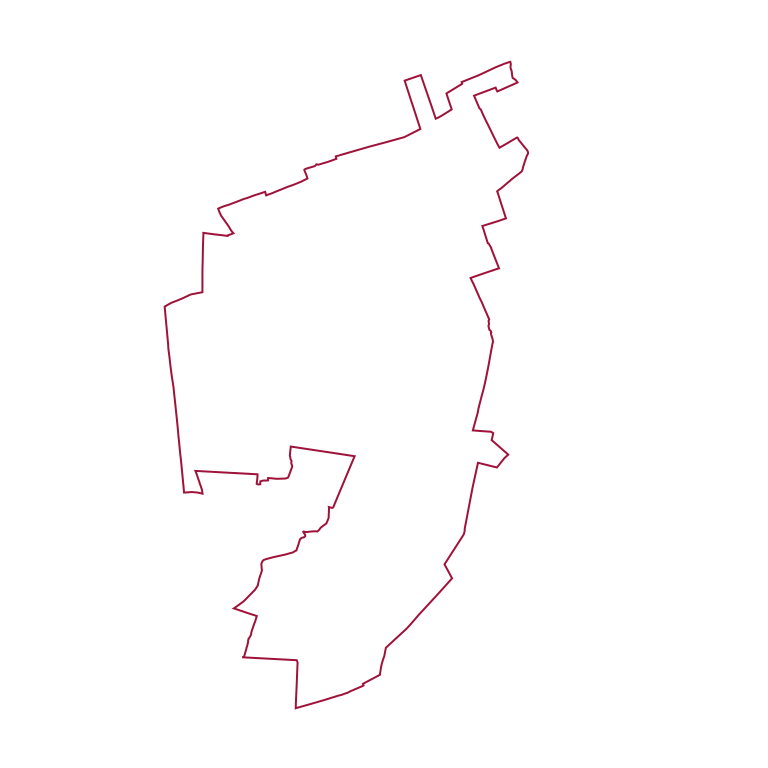 outline of Sihlea, Vrancea, Romania, rotated 341°
{"feature_id": "2599482B87031961829785", "entity_name": "Sihlea", "entity_type": "district", "adm_level": 2, "iso_a3": "ROU", "parent_name": "Romania", "parent_adm1": "Vrancea", "projection": "robinson", "projection_center": [27.167, 45.48], "detail": "fine", "context": "isolated", "style": "outline", "palette": "rose", "viewbox_px": 768, "rotation_deg": 341, "n_neighbors": 0, "source": "geoboundaries", "source_scale": "gbopen_adm2", "svg_char_len": 6154}
<svg xmlns="http://www.w3.org/2000/svg" viewBox="0 0 768 768"><g transform="rotate(341 384 384)"><path d="M359.3,604.1L363.8,601.7L375.8,595.1L385.1,589.9L382.5,574.2L410.3,552.3L410.6,551.9L411.3,551.0L412.3,549.4L412.6,548.8L413.1,547.3L434.0,510.8L447.2,489.1L463.6,499.7L473.7,493.3L478.5,491.2L474.3,483.9L468.7,474.1L467.5,472.1L469.3,469.3L471.3,466.0L469.5,463.9L466.1,462.5L461.4,460.5L452.9,456.8L463.5,441.3L465.3,438.0L471.8,428.1L476.5,421.2L480.3,415.1L484.0,408.9L489.1,400.1L496.4,387.0L500.0,380.7L500.9,379.5L501.3,376.7L501.4,372.4L501.7,370.4L502.3,370.0L502.1,368.3L501.3,367.1L501.6,363.4L501.9,362.8L502.5,362.0L503.1,360.4L503.4,358.4L504.5,357.2L503.9,349.7L503.4,343.3L503.1,338.8L502.7,335.7L502.4,333.3L502.3,331.8L501.2,318.5L500.7,315.2L500.4,311.9L514.5,311.9L527.4,312.0L530.4,312.1L529.5,290.6L529.7,290.4L528.7,285.3L528.0,284.7L528.5,266.6L544.2,267.1L553.2,267.1L553.3,262.2L553.4,258.6L553.5,252.2L553.6,248.0L553.7,243.9L553.8,240.5L553.7,238.7L555.7,237.9L558.7,237.0L560.3,236.4L567.3,233.6L569.0,233.0L571.3,232.0L572.8,231.5L573.9,231.1L574.8,230.8L576.9,230.1L580.6,228.9L582.0,228.3L583.1,228.0L583.6,227.7L584.4,226.8L585.5,225.3L585.9,224.4L586.9,223.1L587.7,222.2L589.4,219.7L590.2,218.8L590.9,217.8L592.2,216.2L592.7,215.4L595.2,213.0L595.5,212.4L595.6,211.6L595.6,211.1L595.6,210.5L595.5,209.9L595.3,209.2L595.1,208.5L594.8,207.8L594.4,206.8L593.9,205.5L593.6,204.6L593.1,203.4L592.9,202.8L592.0,200.2L591.3,198.5L590.8,197.1L590.8,196.4L590.7,195.8L590.5,194.6L590.1,194.3L589.7,194.3L585.6,195.1L579.5,196.4L570.1,198.2L569.4,194.1L568.5,187.4L566.7,172.6L566.0,167.7L565.3,161.2L564.9,155.8L564.0,154.6L563.0,140.7L586.0,140.1L586.2,143.3L586.4,144.3L608.4,142.4L608.2,141.6L607.9,140.5L607.5,139.5L606.6,138.1L605.7,137.0L605.3,136.5L605.3,136.1L605.4,135.6L605.4,135.1L605.6,134.4L605.7,133.6L605.9,132.8L606.3,130.9L606.5,130.2L606.6,129.3L606.5,127.8L606.6,126.2L606.8,125.4L607.2,124.5L607.6,123.9L608.1,122.7L608.3,120.5L607.2,120.4L601.6,120.4L592.5,120.9L574.1,122.9L555.7,123.8L555.7,125.6L537.6,129.6L537.4,146.4L526.4,149.0L522.4,149.7L519.3,150.0L519.4,137.3L519.4,107.6L519.4,103.9L502.3,103.9L501.9,125.1L501.8,132.9L501.4,154.7L483.6,157.2L465.3,156.1L447.2,154.8L413.0,153.1L412.5,153.1L412.3,155.6L410.1,155.6L407.3,155.7L402.4,155.7L400.8,155.6L398.4,155.5L395.0,155.4L393.3,155.3L392.9,155.1L392.4,154.6L391.8,154.3L391.5,154.3L391.2,154.5L390.2,155.2L389.4,155.4L388.1,155.4L385.4,155.3L383.0,155.1L380.3,155.1L378.7,155.3L378.4,155.5L378.3,155.9L378.4,157.8L378.4,158.5L378.6,159.4L378.6,160.4L378.6,163.2L378.5,164.8L373.7,165.4L372.0,165.7L366.9,166.0L362.2,166.2L360.5,166.2L357.6,166.2L353.4,166.4L348.7,166.7L345.4,166.8L343.1,167.0L339.4,167.2L336.6,167.2L334.0,167.3L334.2,163.6L326.5,163.5L323.2,163.4L318.8,163.5L315.4,163.6L313.2,163.5L311.5,163.4L305.4,163.7L298.2,163.9L296.5,164.0L290.5,163.8L286.4,164.0L284.3,164.2L284.3,165.6L284.3,167.2L284.5,168.8L284.7,170.6L284.7,171.6L285.3,173.6L286.8,178.7L288.3,183.8L288.8,186.0L288.9,186.5L289.0,187.2L289.6,189.7L290.1,191.0L290.7,192.5L286.9,192.6L284.7,192.6L284.4,193.1L277.9,189.9L272.0,187.1L264.6,183.4L262.4,182.3L262.2,183.0L257.6,195.0L252.5,209.0L249.7,216.4L247.7,222.1L242.2,238.1L231.1,236.5L228.6,236.5L228.1,236.7L221.5,237.4L215.2,237.8L212.2,237.9L209.3,238.0L206.6,238.5L201.8,239.4L192.9,275.9L191.5,280.9L190.6,285.4L189.2,291.9L187.9,297.7L186.7,303.5L185.7,308.6L184.7,314.2L184.1,317.7L183.3,321.1L179.2,339.0L176.7,349.8L174.1,360.8L172.7,366.2L171.3,372.4L169.9,378.1L168.5,384.1L167.2,390.1L163.4,405.9L160.9,416.3L159.6,421.6L167.2,423.6L172.5,426.0L176.7,428.6L177.4,425.2L177.5,421.3L177.4,418.3L177.5,416.2L177.5,407.8L177.4,404.8L235.0,428.2L233.9,431.1L233.1,432.9L232.7,433.7L232.0,435.0L231.1,437.0L231.6,437.6L232.9,438.2L234.2,438.5L234.3,438.5L235.4,435.8L237.6,435.9L239.1,436.1L239.9,436.4L240.6,436.8L243.0,437.4L243.8,435.2L246.5,436.3L251.4,438.6L260.0,441.3L262.6,441.3L262.8,441.2L263.7,440.3L270.3,432.3L270.5,431.4L270.5,428.9L270.7,428.2L271.3,427.2L271.5,426.5L271.2,424.7L271.3,423.7L271.6,422.2L271.6,421.2L273.7,416.6L275.5,412.8L332.7,442.7L302.3,476.8L300.8,478.5L299.0,480.5L296.2,483.8L295.7,484.2L295.2,484.3L294.9,484.3L294.2,484.0L291.8,482.4L291.7,483.2L291.3,484.3L290.0,487.6L288.6,491.1L288.1,492.5L287.5,493.3L284.1,497.1L283.3,497.4L282.8,497.5L280.7,498.1L278.3,498.9L277.7,499.1L276.7,499.7L274.7,501.1L273.3,501.6L272.9,501.7L272.1,501.3L270.5,500.7L267.3,499.8L263.5,499.0L262.8,498.9L261.8,498.5L261.0,498.0L260.2,497.4L259.8,497.3L259.5,497.5L259.5,497.9L259.7,498.7L260.1,500.0L260.3,500.6L260.2,501.6L260.0,502.1L259.3,502.5L258.8,502.8L258.0,502.8L257.5,502.8L256.8,502.7L256.1,502.7L255.8,502.7L255.6,502.8L255.4,503.0L254.7,503.2L254.1,503.4L253.0,504.9L251.5,506.8L251.4,507.2L250.2,508.7L247.5,512.1L247.0,512.9L246.1,512.9L245.5,513.0L243.9,513.4L242.7,513.6L241.9,513.5L234.8,513.1L233.9,513.0L228.9,512.4L222.9,511.7L218.8,511.4L215.1,511.2L213.1,511.2L212.7,511.3L212.0,511.7L211.3,512.1L210.6,512.8L210.2,513.2L209.6,514.0L209.4,514.5L209.2,515.1L208.3,518.6L208.1,519.7L207.8,520.6L207.4,521.3L205.3,524.0L202.3,527.9L200.4,531.2L199.1,533.3L198.7,533.7L195.3,536.4L188.0,540.1L181.6,543.3L179.6,544.1L170.1,547.0L169.0,547.3L179.5,555.4L188.2,562.0L185.5,565.7L185.0,566.5L184.5,567.0L183.0,568.7L180.7,571.7L177.8,575.5L177.2,576.5L177.1,576.8L177.1,577.1L176.9,577.5L176.1,578.3L175.3,579.0L174.9,579.4L173.8,580.3L173.2,580.6L172.9,580.8L172.8,581.0L172.8,581.3L172.5,581.6L171.9,582.5L171.4,583.9L169.1,587.5L168.2,588.5L167.9,589.2L163.1,596.0L162.3,596.4L160.9,596.2L211.2,616.6L211.5,616.7L211.6,617.6L211.6,619.0L211.5,619.6L211.0,620.8L208.7,626.6L203.9,639.0L196.6,657.5L195.0,661.8L198.5,662.0L205.4,662.4L210.9,662.7L221.1,663.2L229.0,663.5L235.5,663.7L239.5,663.8L242.3,664.1L242.7,664.1L243.6,664.1L245.9,664.0L247.4,664.0L249.0,664.1L250.3,663.9L251.8,663.6L252.9,663.5L265.1,662.6L266.5,662.4L266.5,660.6L276.2,659.1L285.6,657.6L285.8,656.9L289.6,649.7L291.7,646.6L293.5,644.1L294.3,643.0L295.5,641.7L299.9,634.0L326.1,622.5L330.8,619.9L341.5,613.7L359.3,604.1Z" fill="none" stroke="#9f1239" stroke-width="2"/></g></svg>